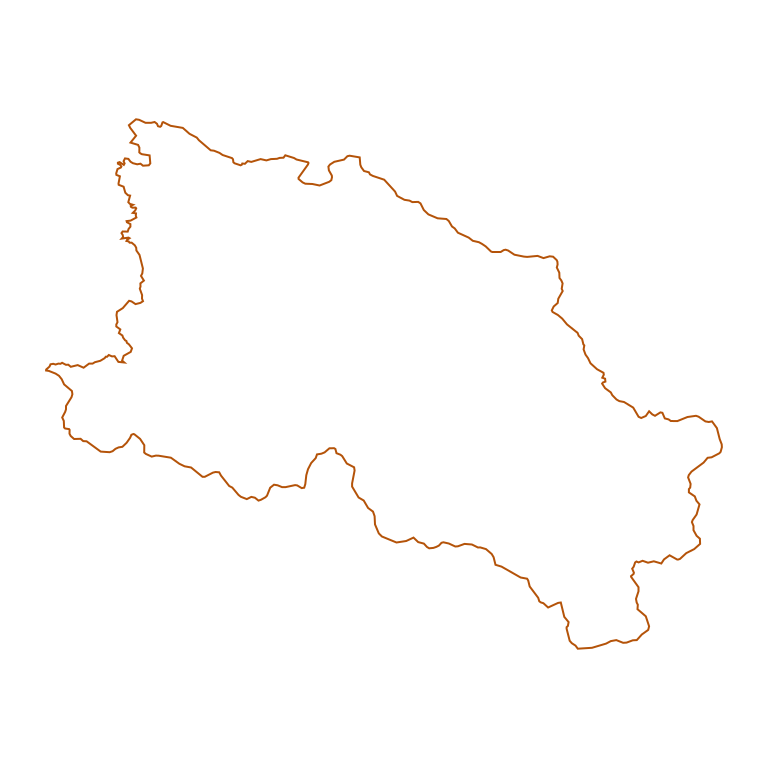 Sop Cop, Son La, Vietnam
{"feature_id": "81297802B35904575630157", "entity_name": "Sop Cop", "entity_type": "district", "adm_level": 2, "iso_a3": "VNM", "parent_name": "Vietnam", "parent_adm1": "Son La", "projection": "albers", "projection_center": [103.41, 20.879], "detail": "fine", "context": "isolated", "style": "outline", "palette": "amber", "viewbox_px": 768, "rotation_deg": 0, "n_neighbors": 0, "source": "geoboundaries", "source_scale": "gbopen_adm2", "svg_char_len": 6086}
<svg xmlns="http://www.w3.org/2000/svg" viewBox="0 0 768 768"><path d="M50.5,364.3L49.5,366.6L46.2,369.5L46.1,370.5L48.8,370.9L55.6,373.6L59.0,375.8L61.7,379.2L64.1,384.4L71.9,391.0L72.4,394.2L71.5,397.2L66.0,406.0L66.0,409.3L65.2,411.8L62.2,417.5L63.8,420.9L64.1,427.5L65.1,428.5L69.1,429.1L69.6,429.9L69.5,433.7L70.7,436.0L74.1,439.0L80.6,438.8L83.2,441.1L86.6,441.3L100.7,451.6L109.7,452.2L112.6,451.2L115.5,448.8L118.6,447.4L122.4,446.8L126.6,442.8L130.1,437.8L131.4,434.8L133.4,434.0L134.4,434.3L140.1,438.9L144.3,445.2L144.2,452.5L145.8,453.9L151.7,456.6L155.9,455.6L158.6,455.7L170.9,457.7L179.4,463.8L184.6,466.3L191.1,467.5L202.5,476.8L204.8,476.8L213.0,472.6L215.6,472.0L219.2,472.3L221.0,475.6L229.2,486.0L232.3,487.6L238.5,494.9L240.9,496.8L246.8,499.1L251.3,496.9L254.9,497.7L258.5,500.6L260.9,499.8L265.4,497.3L267.0,495.7L270.2,487.7L274.0,484.7L277.6,485.3L282.0,487.1L285.7,487.1L295.1,485.1L297.2,485.4L301.7,488.1L304.2,487.7L305.3,484.1L306.3,475.2L308.0,469.2L311.2,463.0L315.7,458.1L317.0,454.4L321.4,453.7L324.6,452.4L329.4,448.3L334.1,448.2L335.4,449.0L336.5,453.2L340.4,454.7L342.2,456.1L346.8,463.5L354.1,467.3L354.6,470.5L352.1,483.4L352.1,486.6L358.6,497.5L363.7,500.5L368.1,508.0L373.0,511.6L374.6,516.2L375.0,524.4L378.8,533.4L381.9,536.5L396.5,542.5L406.2,541.0L413.5,537.6L418.2,542.1L423.9,543.6L427.0,547.0L429.2,548.3L433.4,547.9L436.3,546.9L438.9,545.6L441.5,542.8L443.4,542.3L448.8,543.5L455.3,546.5L457.9,546.3L464.5,543.9L471.9,544.5L478.0,547.5L480.2,547.4L486.0,549.1L491.7,554.0L493.6,557.2L495.5,564.8L501.5,566.6L520.6,577.5L527.1,578.7L528.2,580.5L529.7,586.5L538.2,597.8L539.3,601.3L540.8,602.4L543.4,603.2L548.1,607.5L558.1,602.9L560.8,602.5L564.3,616.9L568.6,622.1L567.9,625.9L566.6,627.2L566.6,628.7L569.7,640.8L571.8,643.2L575.5,645.6L577.8,648.7L592.0,647.8L606.1,643.6L610.8,641.1L616.3,640.1L623.1,642.8L626.6,642.6L632.8,640.3L636.8,640.1L641.8,634.5L648.2,629.9L649.1,626.3L645.8,616.3L637.5,609.2L637.8,604.7L636.7,602.6L636.0,598.9L638.5,591.3L638.5,587.2L631.2,577.0L631.0,576.2L633.6,573.9L633.9,572.7L632.2,568.7L633.7,566.7L635.1,562.5L636.4,561.5L638.6,562.4L642.6,560.8L648.0,562.7L653.8,561.3L661.3,563.5L664.0,559.4L669.6,555.3L677.1,559.5L678.3,559.5L680.0,558.9L686.3,553.1L694.2,549.1L700.1,543.9L699.9,538.7L696.6,535.8L693.5,530.2L693.5,526.0L691.9,522.1L692.7,520.0L696.6,514.5L699.5,504.4L696.4,500.7L694.8,496.4L688.9,492.4L688.9,489.1L690.2,487.6L690.6,483.9L688.1,477.4L688.8,475.1L691.5,471.6L703.6,462.6L707.6,457.8L711.6,457.3L719.3,453.3L720.6,451.9L721.9,447.2L721.7,444.3L719.7,439.1L716.9,428.1L712.0,421.4L708.8,422.0L705.4,421.4L698.6,416.7L696.0,415.8L687.5,417.0L677.3,421.1L670.8,421.0L668.6,419.4L664.8,418.4L662.4,412.8L660.4,412.4L655.0,415.8L652.3,414.4L649.1,411.3L645.8,416.0L641.2,418.0L638.6,416.8L633.2,407.6L624.0,402.0L619.3,401.1L616.5,399.5L612.3,395.2L610.8,392.4L605.1,388.2L602.1,383.6L602.9,382.5L605.4,381.6L605.1,378.7L602.3,377.7L603.8,374.7L603.5,372.8L597.0,369.2L590.5,363.3L588.0,358.1L585.5,354.6L583.6,349.4L584.3,345.4L583.4,344.4L582.1,339.1L578.7,335.7L577.6,332.9L567.0,324.4L562.2,318.6L557.9,315.0L552.6,312.0L551.8,310.4L553.7,306.5L557.7,303.0L558.3,298.7L562.7,291.0L561.7,288.8L562.6,283.4L561.3,280.4L559.5,278.0L559.3,272.7L556.8,267.5L557.6,264.5L557.4,261.7L556.7,260.1L553.1,256.7L549.7,256.3L543.5,258.1L537.6,255.9L527.2,256.9L523.9,256.6L514.4,254.7L508.1,250.5L505.6,249.7L503.7,250.1L500.7,252.0L492.3,252.0L491.0,251.5L485.7,246.4L482.0,243.9L478.9,242.2L472.8,240.8L468.7,237.6L457.9,232.7L454.7,228.4L452.0,226.5L448.8,221.0L446.4,219.0L437.6,218.3L428.4,214.4L423.8,210.0L420.5,203.4L418.2,201.9L412.3,202.1L409.5,200.6L404.4,199.8L397.1,195.9L395.1,191.6L384.2,179.7L372.8,175.9L370.0,174.4L368.9,172.3L364.0,171.0L361.3,167.3L360.3,164.7L359.7,157.4L349.6,155.7L347.4,156.2L344.0,159.6L334.3,161.8L330.0,164.5L328.4,166.6L328.9,170.4L331.8,175.5L332.0,177.2L331.3,180.2L329.2,181.8L319.6,185.5L312.4,184.0L305.3,183.7L302.6,182.4L298.6,179.0L298.5,177.7L307.9,164.6L308.5,163.0L308.1,162.3L296.5,159.5L294.0,158.0L285.3,155.3L283.5,157.7L279.6,157.9L277.0,158.8L270.9,159.1L266.4,160.4L260.6,159.1L251.3,161.9L247.7,161.1L244.9,163.8L242.3,163.5L241.8,164.7L240.6,165.3L234.6,163.3L233.4,162.3L233.0,159.3L232.0,158.1L222.6,155.0L219.5,152.9L214.0,150.7L210.7,150.3L198.9,140.2L196.8,137.6L189.5,133.8L182.8,127.9L170.6,125.8L163.2,122.1L162.5,122.4L161.2,126.0L160.1,126.8L158.0,126.2L157.0,123.8L154.6,122.0L151.1,122.8L145.5,122.8L139.1,119.8L136.0,119.3L128.9,125.2L130.3,128.0L136.1,135.7L130.5,142.6L138.1,144.9L139.4,147.7L139.3,152.4L140.4,153.4L141.9,154.2L149.6,155.4L150.3,163.4L148.8,165.3L143.0,165.7L140.5,163.7L137.2,164.3L132.9,163.2L130.5,161.7L128.4,158.9L125.0,158.4L123.6,161.2L124.6,163.4L123.8,164.9L119.6,162.1L117.9,162.7L117.9,163.7L120.2,164.9L121.4,166.5L120.9,167.5L117.5,169.1L116.2,173.4L116.4,174.9L119.9,176.3L118.5,183.6L118.7,184.8L123.6,186.7L125.3,192.7L127.9,195.2L130.1,195.6L128.3,202.2L129.9,203.9L133.0,204.8L130.7,206.0L130.9,206.8L132.4,207.7L135.6,207.6L136.2,208.3L135.2,210.5L132.8,212.9L136.0,213.4L135.8,215.8L136.4,217.5L130.6,220.6L126.6,221.1L126.9,222.2L130.4,224.1L130.4,226.7L128.6,228.9L127.7,231.6L122.6,231.5L121.5,233.1L122.7,234.9L123.1,237.0L121.7,238.6L128.5,237.6L129.5,238.2L127.2,239.6L126.5,241.0L128.6,241.4L129.6,242.7L131.7,242.7L134.8,245.3L136.2,247.7L136.4,250.5L139.5,254.9L142.9,268.5L142.3,273.4L141.0,275.9L143.9,280.6L140.4,283.4L140.5,286.6L139.8,288.7L142.1,295.1L142.0,298.6L143.0,301.2L140.4,302.9L135.5,304.1L131.5,301.4L129.1,300.8L122.8,308.1L117.0,311.8L116.5,315.1L117.5,322.2L116.3,324.5L116.3,326.5L120.3,329.4L118.9,333.1L122.4,335.5L123.1,337.6L125.1,340.3L126.4,341.0L126.9,342.8L128.9,344.3L132.0,348.3L130.7,351.9L123.7,355.8L122.1,360.6L124.3,362.5L118.4,361.9L114.6,356.2L112.0,356.4L108.8,355.0L107.0,356.8L105.8,356.7L104.6,358.2L100.3,360.8L94.9,362.2L92.6,363.6L89.1,363.6L83.6,367.7L77.7,365.1L70.8,366.8L68.3,364.7L65.9,364.8L62.1,362.8L60.5,363.8L58.4,363.6L55.6,364.5L53.2,363.8L50.5,364.3Z" fill="none" stroke="#b45309" stroke-width="2"/></svg>